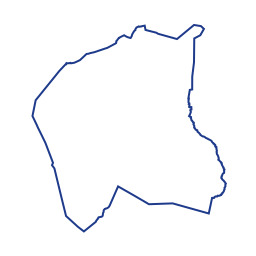 the district of Ringebu nor, Oppland, Norway, rotated 170°
{"feature_id": "86288312B31660011539204", "entity_name": "Ringebu nor", "entity_type": "district", "adm_level": 2, "iso_a3": "NOR", "parent_name": "Norway", "parent_adm1": "Oppland", "projection": "mercator", "projection_center": [10.18, 61.557], "detail": "fine", "context": "isolated", "style": "outline", "palette": "blue", "viewbox_px": 256, "rotation_deg": 170, "n_neighbors": 0, "source": "geoboundaries", "source_scale": "gbopen_adm2", "svg_char_len": 5055}
<svg xmlns="http://www.w3.org/2000/svg" viewBox="0 0 256 256"><g transform="rotate(170 128 128)"><path d="M93.8,225.9L97.6,225.8L97.6,225.7L98.0,225.7L98.4,225.7L99.0,225.7L99.8,226.2L100.7,225.8L100.8,225.9L102.2,225.5L102.4,225.3L103.3,224.2L103.5,224.1L103.8,223.6L103.8,223.1L105.4,222.2L105.8,221.5L106.1,221.3L106.4,220.9L106.8,220.5L107.0,220.2L107.7,219.3L108.0,218.8L108.1,218.3L108.3,217.9L109.8,216.2L110.4,216.4L112.9,217.7L114.1,218.6L115.7,220.0L117.5,219.5L118.9,219.1L120.4,218.6L120.7,218.5L121.1,218.4L121.3,218.3L121.3,218.2L121.5,218.2L121.7,217.9L122.1,217.6L123.7,216.1L123.9,215.9L124.2,215.8L124.4,215.5L124.6,215.0L124.7,214.5L124.8,214.4L124.8,214.1L125.1,213.6L134.5,210.5L136.9,210.2L148.0,208.5L152.2,208.3L153.9,208.0L155.4,208.1L156.0,208.1L163.5,203.2L166.0,202.5L169.6,201.6L172.5,201.6L172.8,201.8L173.2,201.8L173.2,202.0L173.3,202.1L173.7,202.0L174.0,202.1L174.4,202.0L174.7,202.1L175.3,202.1L176.4,202.3L176.6,202.2L177.0,202.1L177.4,202.1L177.5,202.2L177.7,201.8L177.8,201.9L177.8,202.0L185.6,196.2L214.1,171.4L220.0,156.4L217.4,147.1L216.7,144.2L214.5,136.7L211.9,127.6L207.9,106.7L209.3,104.6L207.5,101.0L205.5,69.5L204.3,52.1L194.5,39.4L189.4,33.8L176.0,41.2L175.8,41.4L175.5,42.1L174.7,42.8L174.3,43.1L174.1,43.3L173.7,43.5L173.6,43.9L173.1,44.3L173.0,44.6L172.7,45.0L172.1,45.2L171.7,45.1L170.5,45.3L170.1,45.1L169.7,45.2L168.9,45.4L168.4,45.7L168.2,46.0L167.9,46.6L167.8,47.2L167.4,48.5L167.1,48.9L166.6,49.5L166.4,50.6L166.1,51.3L165.7,51.7L165.3,51.9L165.0,52.1L164.9,52.3L164.4,52.3L163.7,52.6L163.0,52.5L162.7,52.6L161.3,53.1L160.5,53.7L159.9,54.4L159.7,54.5L147.9,72.2L133.1,59.9L120.6,49.3L97.1,46.0L63.3,29.8L57.3,44.6L57.1,44.6L56.6,44.3L56.2,44.2L55.8,44.2L55.6,44.3L55.2,44.3L55.1,44.6L55.0,44.8L54.7,45.1L54.1,45.2L53.7,45.4L53.3,45.3L52.9,45.2L52.4,45.2L52.2,45.1L51.8,45.5L51.3,45.8L50.8,45.5L50.1,45.4L49.8,45.4L49.6,45.5L49.2,45.5L48.7,45.8L48.5,46.0L48.3,45.8L48.0,45.8L47.9,45.8L47.6,46.1L47.4,46.3L47.5,46.5L47.4,46.6L46.5,47.1L46.5,47.3L46.5,47.6L46.4,47.7L45.9,47.8L45.4,48.2L45.2,48.5L44.8,48.8L44.5,49.3L44.5,49.6L44.3,49.9L44.1,50.3L43.7,50.6L43.5,50.9L43.5,51.2L43.5,51.6L43.4,51.7L43.3,52.1L43.3,52.5L43.1,52.7L42.9,52.8L42.6,53.0L42.4,53.4L42.2,53.6L42.2,53.8L42.1,54.1L42.1,54.3L42.1,54.9L41.9,55.1L41.8,55.4L41.8,55.7L41.7,55.8L41.3,56.2L41.7,56.8L41.7,57.4L41.8,57.6L42.2,58.0L42.4,58.6L42.7,59.0L42.9,59.5L43.0,59.7L43.3,59.9L44.0,60.9L44.2,61.2L44.2,61.6L44.7,62.3L44.8,62.5L44.7,62.9L44.4,63.1L44.3,64.2L44.2,64.3L43.7,64.5L43.6,65.0L43.0,65.8L42.7,66.4L42.3,66.7L41.3,67.0L41.1,67.2L41.1,67.4L41.1,67.7L40.9,68.1L40.8,69.0L40.7,69.2L40.8,69.7L40.6,69.9L40.5,70.2L40.2,70.4L40.2,70.6L40.3,70.7L40.6,70.8L40.8,71.0L40.9,71.4L40.9,71.7L40.9,71.8L40.7,72.3L40.7,72.5L41.0,72.8L41.2,73.0L41.4,73.9L41.6,74.7L41.8,75.0L42.0,75.7L41.8,76.1L41.9,76.6L41.8,77.0L42.2,77.2L42.3,77.3L42.1,77.8L42.2,78.1L42.5,78.2L42.9,78.8L43.3,79.4L43.8,80.4L43.9,80.5L44.5,80.9L44.5,81.1L44.5,81.3L44.3,81.5L44.2,81.5L44.0,81.9L44.0,82.2L44.0,82.6L43.9,82.9L43.9,83.3L44.0,83.5L44.1,84.2L44.2,84.8L44.3,85.2L44.3,85.5L44.9,86.6L45.0,87.0L44.9,87.8L44.8,88.2L44.8,88.5L45.0,88.9L45.0,89.1L44.9,89.2L44.6,89.6L44.4,90.0L44.5,90.4L44.5,90.7L44.4,90.9L44.4,91.1L44.6,91.5L44.4,92.7L44.4,93.3L44.2,93.7L44.2,93.9L44.3,94.0L44.9,94.0L44.9,94.3L45.0,94.5L45.3,94.8L45.3,95.1L45.0,95.6L45.0,95.9L45.0,96.2L45.1,96.3L45.7,96.6L45.8,96.7L45.8,96.8L45.8,97.4L46.0,97.6L46.5,97.7L46.6,97.8L46.6,98.0L46.7,98.4L46.7,98.5L47.2,98.9L47.5,99.3L47.6,99.6L47.7,100.0L47.8,100.4L48.1,100.9L48.4,101.2L48.8,101.5L49.3,102.0L49.9,102.4L50.9,103.1L51.4,103.7L51.7,103.7L52.4,104.3L53.2,104.8L53.5,105.3L54.8,106.4L54.9,106.5L55.8,106.7L56.0,106.8L56.9,107.6L57.1,108.0L57.7,108.4L57.9,108.7L58.2,109.7L58.3,109.8L58.6,110.2L58.7,110.6L59.3,111.2L59.5,111.6L60.1,112.1L60.1,112.4L60.1,112.6L60.1,112.8L60.3,113.0L60.4,113.3L60.2,113.7L60.2,113.8L61.2,114.4L61.6,114.5L61.8,114.8L62.0,115.8L62.3,116.1L62.3,116.5L62.5,116.8L62.8,117.0L62.7,117.3L62.3,118.5L62.5,118.9L62.5,119.1L62.6,119.3L62.6,119.5L62.8,119.8L62.9,120.1L62.9,120.3L62.7,120.7L62.5,120.9L62.3,121.2L62.2,121.6L62.3,122.0L63.0,122.3L63.1,122.9L63.2,123.1L63.3,123.3L63.3,123.5L63.5,123.7L63.6,124.1L64.0,124.3L64.1,124.5L64.1,125.0L64.2,125.4L64.2,126.0L64.2,126.5L64.3,126.7L64.4,126.9L64.3,127.1L64.1,127.4L64.0,127.6L64.0,127.8L64.7,128.4L65.0,128.4L65.4,128.6L65.5,128.7L65.5,128.8L65.7,129.0L65.8,129.1L64.8,130.4L63.5,132.5L63.3,133.0L63.3,133.3L63.4,134.0L63.6,134.4L63.2,134.9L63.2,135.2L63.2,135.4L62.3,135.3L62.0,137.6L64.1,138.1L64.0,138.8L63.6,139.5L63.5,140.3L63.4,140.5L63.3,140.8L63.3,141.3L63.7,141.3L63.6,141.5L63.7,141.8L63.8,142.1L63.9,142.3L63.8,142.5L63.9,142.8L63.9,143.0L63.9,143.3L63.9,143.5L63.7,144.1L63.6,144.3L63.6,144.5L63.6,144.9L63.5,145.0L63.4,145.2L63.3,145.4L63.2,145.7L63.0,146.2L63.1,146.3L63.0,146.6L63.4,146.7L60.5,154.8L58.1,154.8L55.8,167.5L51.6,181.2L47.2,204.7L40.7,206.8L36.0,212.4L38.5,215.7L45.1,218.0L64.3,207.1L82.1,215.6L83.5,216.9L93.7,221.5L93.8,225.9Z" fill="none" stroke="#1e3a8a" stroke-width="2"/></g></svg>